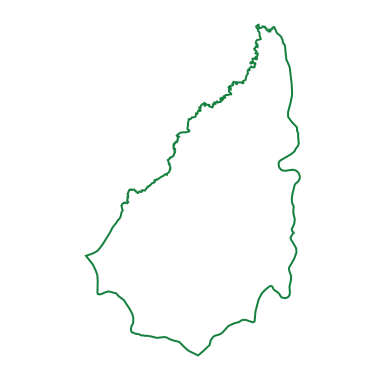 outline of Na Khu, Kalasin, Thailand, rotated 177°
{"feature_id": "78962969B7237235401003", "entity_name": "Na Khu", "entity_type": "district", "adm_level": 2, "iso_a3": "THA", "parent_name": "Thailand", "parent_adm1": "Kalasin", "projection": "albers", "projection_center": [104.002, 16.745], "detail": "fine", "context": "isolated", "style": "outline", "palette": "green", "viewbox_px": 384, "rotation_deg": 177, "n_neighbors": 0, "source": "geoboundaries", "source_scale": "gbopen_adm2", "svg_char_len": 6005}
<svg xmlns="http://www.w3.org/2000/svg" viewBox="0 0 384 384"><g transform="rotate(177 192 192)"><path d="M265.8,87.7L260.0,77.8L257.9,73.0L257.2,69.0L257.6,64.4L258.1,63.2L259.3,61.7L260.0,59.1L260.1,56.9L259.7,55.6L259.0,54.8L257.6,54.4L256.4,53.6L252.3,52.7L250.1,51.4L247.7,51.3L246.7,50.8L244.5,50.8L241.1,50.1L235.6,48.4L234.2,48.2L227.1,48.6L225.0,48.1L222.0,46.2L218.4,44.7L212.6,43.0L207.4,37.1L204.4,34.2L202.7,33.0L194.5,28.5L189.2,32.5L182.5,38.2L181.1,42.9L178.4,46.3L176.8,47.2L172.0,48.3L169.4,49.6L162.7,56.3L156.6,58.7L151.8,59.7L149.9,60.9L147.7,61.7L144.8,61.4L138.5,58.8L137.4,58.8L136.7,59.2L136.2,59.7L134.9,69.3L131.0,81.4L128.0,86.4L126.6,88.1L123.0,91.3L119.5,93.7L118.4,94.1L117.1,93.6L116.5,92.8L115.4,90.1L112.4,87.9L110.2,85.8L108.8,83.0L107.8,81.9L104.4,81.1L103.2,81.3L101.4,82.2L100.1,83.7L99.5,86.3L99.6,92.4L97.9,98.3L97.4,102.9L98.8,107.5L99.2,110.4L98.9,111.6L93.6,119.7L91.0,125.7L90.8,127.5L91.0,130.5L94.3,137.1L95.6,139.2L96.0,140.7L95.9,141.3L94.9,143.1L93.5,145.1L92.5,145.8L94.0,147.9L94.4,149.4L91.5,155.2L90.8,159.6L91.9,165.7L91.6,169.6L91.1,171.8L92.7,176.3L92.6,180.6L91.8,184.8L89.0,193.9L88.0,195.0L85.3,197.1L84.7,198.0L83.8,199.5L83.5,202.1L84.5,205.3L86.5,207.6L88.2,208.4L90.1,209.0L97.7,208.3L100.9,208.9L102.1,209.9L103.3,211.5L103.7,212.4L104.1,215.5L103.6,217.3L102.4,218.7L91.0,224.6L88.0,226.8L87.2,227.7L86.0,229.9L83.6,232.6L82.8,235.3L83.0,237.6L82.9,240.4L83.2,241.8L82.9,245.0L83.8,247.4L83.9,251.2L88.9,257.0L92.1,262.1L91.9,266.7L88.4,277.7L86.9,284.3L86.8,294.2L87.9,311.4L89.4,315.8L90.8,318.9L91.5,332.2L91.8,334.3L93.1,335.7L93.2,336.5L93.6,337.2L93.4,338.1L93.8,339.8L94.5,340.7L94.5,341.8L95.7,343.4L98.3,345.7L99.1,346.8L101.1,352.2L102.0,352.4L102.8,351.7L103.3,350.7L103.9,351.0L104.3,350.3L105.1,350.0L105.3,349.5L105.8,349.7L105.2,348.8L105.4,348.2L107.1,348.3L107.3,349.0L108.2,349.3L109.2,350.2L109.5,351.7L110.4,353.0L111.0,352.7L111.3,353.3L112.6,353.6L112.5,353.2L113.5,352.9L114.5,352.2L115.8,352.0L116.7,353.3L116.7,355.5L117.5,355.3L119.2,354.1L119.3,353.6L119.1,353.0L117.6,351.0L117.6,349.5L116.4,348.1L116.2,346.7L116.4,344.6L115.6,342.7L115.3,341.2L115.9,340.9L119.1,340.3L119.5,340.0L120.4,338.3L120.6,337.3L120.3,336.8L119.0,336.1L118.8,333.5L119.1,333.3L119.7,334.5L120.0,334.6L120.7,333.8L121.4,332.5L122.4,331.8L122.2,331.1L120.8,329.7L120.2,328.7L121.3,327.3L120.6,326.9L119.1,326.8L119.3,325.2L119.9,324.3L119.9,323.5L120.3,323.3L121.2,323.7L121.7,322.8L120.6,322.3L120.2,321.4L120.8,321.1L123.2,322.1L124.5,322.0L124.5,318.9L125.0,318.5L126.4,318.6L126.9,318.0L126.9,317.5L126.0,317.3L125.2,317.7L123.2,317.8L122.2,317.3L121.9,316.6L122.2,316.0L122.8,315.7L122.9,313.6L123.3,313.3L124.4,313.2L126.3,314.2L128.3,312.2L128.2,310.7L128.6,310.6L129.5,311.1L130.0,310.1L130.2,308.8L129.9,307.4L131.2,305.9L131.6,305.0L132.7,301.1L135.5,299.9L135.6,299.1L135.0,298.3L135.3,298.1L136.3,298.1L137.5,298.9L140.7,299.0L141.9,299.4L142.2,299.0L141.5,297.6L141.8,297.4L142.6,298.1L143.0,299.0L144.3,299.9L144.7,299.9L145.1,298.9L145.9,298.2L145.3,297.3L145.6,296.3L146.8,296.3L148.3,295.9L149.2,295.2L149.8,295.1L150.0,294.8L149.7,294.0L148.5,294.5L148.1,294.3L147.8,293.7L148.0,292.5L148.7,293.2L149.0,293.1L149.6,292.1L149.8,290.7L149.6,290.1L147.7,288.1L147.8,287.5L149.1,287.5L151.3,287.0L153.3,287.1L154.2,285.9L155.1,285.9L155.0,285.3L154.1,284.9L154.0,284.6L155.0,284.4L156.0,283.0L156.4,283.1L156.6,283.5L156.3,284.8L158.6,284.1L158.8,283.7L158.6,283.2L157.6,283.4L157.3,283.2L157.2,282.0L157.4,281.8L158.5,282.0L158.5,280.7L158.9,280.3L160.4,280.4L161.6,280.0L162.3,281.1L163.5,280.1L165.1,280.2L165.1,279.8L164.1,279.3L163.9,278.9L165.2,278.4L166.4,278.5L166.4,276.8L167.2,275.5L167.9,275.5L168.4,276.2L170.1,276.4L170.5,277.3L170.3,278.1L172.5,278.3L173.6,279.2L173.9,279.0L174.4,277.5L174.9,277.5L175.2,278.5L174.5,279.9L174.8,280.3L177.7,278.7L178.6,277.6L178.8,276.5L180.3,276.2L180.3,275.7L179.3,274.9L179.3,272.7L180.0,272.5L180.4,273.5L180.9,273.4L182.0,272.1L182.4,270.0L182.9,269.8L183.7,270.3L184.0,270.2L184.1,268.1L184.6,267.1L186.9,266.4L188.3,266.5L189.5,265.0L191.5,264.8L191.7,263.1L192.4,261.3L192.5,258.3L193.3,256.1L193.1,255.1L191.5,253.6L191.6,252.7L195.3,251.9L198.0,252.1L200.8,251.8L202.3,250.6L203.4,250.1L203.5,249.6L204.1,249.2L203.7,248.8L203.7,248.5L202.9,248.5L202.3,248.0L202.8,247.9L202.9,247.4L203.4,247.6L203.1,246.6L203.4,246.0L203.5,244.9L203.8,244.8L203.7,243.9L204.3,243.2L204.7,243.2L204.6,242.6L205.8,242.6L206.2,241.6L207.0,241.6L207.0,241.0L207.6,240.8L207.7,240.0L208.1,239.8L207.6,238.9L208.3,237.4L208.0,236.3L207.3,236.4L206.9,236.1L207.1,235.9L206.7,234.8L207.4,234.4L207.3,233.0L206.8,232.7L207.3,231.8L207.7,231.6L208.3,229.4L208.9,229.3L209.0,228.9L210.5,227.7L211.6,227.8L212.3,227.3L212.3,226.7L214.5,225.2L213.9,224.0L213.7,221.6L212.9,221.1L213.3,220.6L212.5,218.7L212.3,217.5L212.7,216.4L212.4,215.9L213.1,215.1L213.7,213.2L215.8,211.7L216.2,210.5L216.8,210.7L217.1,211.2L217.8,211.0L218.5,210.7L219.6,209.7L221.9,208.8L226.2,206.1L226.6,206.3L226.9,206.0L228.6,205.9L228.9,204.9L228.6,204.2L229.1,204.0L229.2,203.6L231.7,202.7L232.7,201.5L233.7,200.9L233.7,200.6L234.3,200.1L235.9,199.8L236.0,198.9L236.8,198.7L238.9,195.9L241.6,196.4L241.6,195.9L242.5,194.8L243.4,194.8L244.0,195.3L244.9,195.0L245.6,194.0L246.3,193.9L247.9,195.3L247.8,195.6L248.1,195.7L248.3,196.2L249.2,196.6L249.6,197.5L252.9,197.2L252.9,197.7L253.5,197.7L254.4,197.4L254.7,196.6L255.4,195.9L255.6,194.6L256.4,193.8L256.1,193.1L256.3,192.0L255.9,191.3L256.1,190.1L256.7,189.9L256.4,189.4L257.2,187.1L256.2,185.3L257.2,184.2L258.4,184.9L259.3,184.9L259.5,184.4L260.5,184.8L262.5,183.5L262.6,182.8L263.2,182.0L262.2,177.0L263.4,175.5L264.2,172.3L265.2,170.0L266.3,168.6L267.5,167.7L269.4,165.0L273.2,160.7L275.6,156.4L284.1,144.2L288.9,138.6L291.4,137.1L295.0,135.6L301.2,133.8L294.9,124.9L292.2,118.4L290.9,114.1L290.8,108.0L291.7,96.4L291.5,95.2L290.4,94.6L287.9,94.8L283.4,96.5L280.5,97.1L272.9,94.7L270.9,92.0L265.8,87.7Z" fill="none" stroke="#15803d" stroke-width="2"/></g></svg>